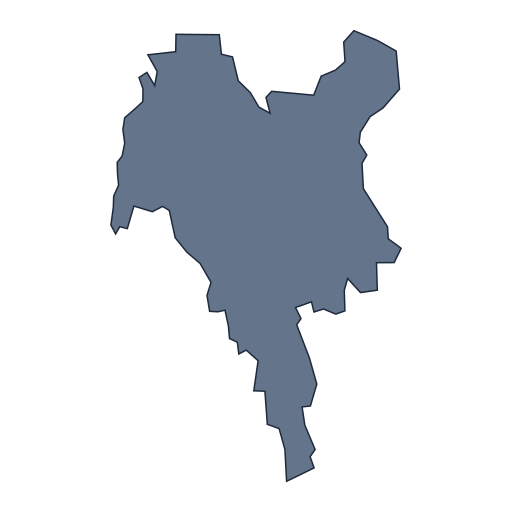 outline of Kiev City
{"feature_id": "UKR-4826", "entity_name": "Kiev City", "entity_type": "Municipality", "adm_level": 1, "iso_a3": "UKR", "parent_name": "Ukraine", "parent_adm1": "", "projection": "mercator", "projection_center": [30.516, 50.341], "detail": "fine", "context": "isolated", "style": "filled", "palette": "slate", "viewbox_px": 512, "rotation_deg": 0, "n_neighbors": 0, "source": "natural_earth", "source_scale": "10m", "svg_char_len": 1283}
<svg xmlns="http://www.w3.org/2000/svg" viewBox="0 0 512 512"><path d="M353.9,30.7L377.7,40.6L396.2,51.1L399.5,89.1L382.9,108.1L370.1,116.6L360.3,132.3L359.1,142.8L366.8,155.0L362.0,163.4L363.4,188.7L387.5,226.8L388.3,238.8L401.1,248.3L394.2,262.6L376.5,262.7L377.3,290.2L360.5,292.6L347.6,278.5L344.3,290.3L344.9,310.9L335.8,314.1L323.5,309.0L314.0,312.0L311.5,301.8L295.5,307.5L301.0,318.6L296.7,324.7L309.5,358.2L316.8,384.1L310.4,406.0L302.1,406.9L304.8,425.1L315.1,449.5L310.1,456.7L314.1,467.9L286.6,481.3L284.9,449.4L279.1,428.6L267.3,424.3L264.9,391.2L253.8,390.8L258.1,360.7L246.2,350.1L238.8,354.0L237.3,342.2L229.5,338.6L228.4,326.0L225.0,310.2L217.7,311.8L209.6,311.3L207.0,295.4L211.0,282.4L200.2,263.6L186.6,251.9L175.2,237.7L169.3,210.5L162.5,206.4L152.4,211.7L133.9,206.1L127.3,228.6L119.8,226.7L115.6,233.9L110.9,225.0L113.3,207.5L113.7,196.0L118.6,185.3L117.5,173.8L117.2,162.3L122.1,156.1L124.7,143.2L122.9,129.5L124.7,117.8L134.8,109.0L142.8,101.6L143.0,88.8L139.0,77.5L146.9,72.4L154.7,85.6L157.2,71.5L147.9,54.8L175.7,51.7L176.0,34.3L219.3,34.7L221.4,54.2L232.5,56.9L238.3,80.8L250.4,92.7L258.9,107.1L270.1,113.3L266.0,97.4L271.7,91.3L313.7,95.2L321.2,76.1L335.3,70.2L345.0,61.7L343.7,42.1L353.9,30.7Z" fill="#64748b" stroke="#1e293b" stroke-width="1.5"/></svg>